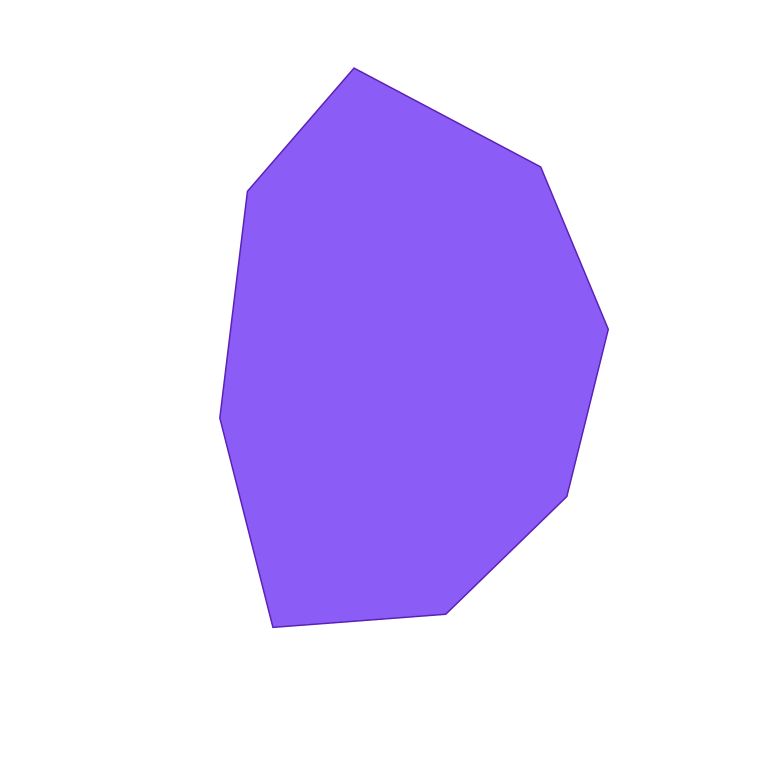 map outline of Angaur (orthographic projection), rotated 30°
{"feature_id": "PLW-5246", "entity_name": "Angaur", "entity_type": "state/province", "adm_level": 1, "iso_a3": "PLW", "parent_name": "Palau", "parent_adm1": "", "projection": "orthographic", "projection_center": [134.158, 6.91], "detail": "fine", "context": "isolated", "style": "filled", "palette": "violet", "viewbox_px": 768, "rotation_deg": 30, "n_neighbors": 0, "source": "natural_earth", "source_scale": "10m", "svg_char_len": 278}
<svg xmlns="http://www.w3.org/2000/svg" viewBox="0 0 768 768"><g transform="rotate(30 384 384)"><path d="M409.5,650.3L258.8,495.5L169.4,285.4L200.1,125.4L411.2,117.7L550.9,224.5L598.6,390.0L552.6,552.5L409.5,650.3Z" fill="#8b5cf6" stroke="#5b21b6" stroke-width="1.5"/></g></svg>